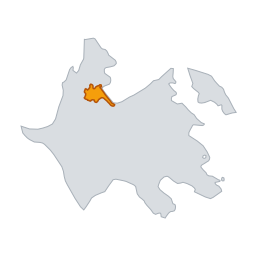 Bilasuvar District, Biləsuvar, Azerbaijan (highlighted), rotated 184°
{"feature_id": "54616110B16304773097912", "entity_name": "Bilasuvar District", "entity_type": "district", "adm_level": 2, "iso_a3": "AZE", "parent_name": "Azerbaijan", "parent_adm1": "Biləsuvar", "projection": "mercator", "projection_center": [48.464, 39.544], "detail": "fine", "context": "in_parent", "style": "filled", "palette": "amber", "viewbox_px": 256, "rotation_deg": 184, "n_neighbors": 0, "source": "geoboundaries", "source_scale": "gbopen_adm2", "svg_char_len": 5042}
<svg xmlns="http://www.w3.org/2000/svg" viewBox="0 0 256 256"><g transform="rotate(184 128 128)"><path d="M177.7,213.4L176.6,213.3L168.8,215.2L167.1,214.6L160.5,206.1L159.1,205.1L156.2,204.7L154.5,203.3L153.1,201.0L152.3,199.3L145.4,194.7L144.4,193.0L144.2,191.5L145.3,190.1L146.4,189.0L149.8,187.8L153.8,186.8L155.0,186.1L155.7,184.9L155.6,182.9L155.0,180.9L149.3,177.4L148.7,175.8L148.5,173.9L148.8,172.0L149.7,170.4L154.3,168.3L156.8,166.2L155.3,163.7L150.3,158.2L144.4,152.1L140.4,152.0L135.9,153.8L128.6,159.0L124.5,161.2L119.3,164.9L113.5,169.0L108.9,173.4L105.9,176.9L100.7,178.5L98.1,181.5L89.4,190.5L86.9,190.4L86.8,185.9L86.9,182.4L86.3,180.4L83.5,177.6L83.5,176.4L84.2,175.6L86.4,176.1L89.2,175.9L90.5,174.8L87.5,171.1L84.9,168.6L82.6,167.0L82.1,166.0L82.1,165.3L82.6,164.4L86.4,162.4L86.8,160.5L86.6,158.4L80.5,155.4L75.9,156.5L71.8,153.0L69.2,150.3L65.9,147.5L63.0,145.9L60.2,142.3L55.3,138.5L52.2,137.5L52.2,136.9L52.8,136.2L54.1,135.6L62.8,135.8L63.8,135.1L64.4,133.5L65.6,131.1L67.0,127.6L66.8,124.7L58.1,119.9L51.8,115.5L47.4,109.7L44.4,104.4L44.5,102.6L45.3,100.9L52.1,96.0L52.6,94.8L52.4,93.9L50.0,91.4L47.0,88.8L46.0,86.9L44.1,85.9L40.5,85.8L34.1,82.6L32.7,82.3L32.4,81.7L32.7,81.1L37.3,79.8L37.2,78.7L35.8,77.3L33.3,76.3L30.9,73.7L30.1,71.4L38.3,64.7L40.8,63.3L46.1,64.6L57.3,69.0L56.6,71.5L57.7,72.9L60.3,74.8L65.2,76.7L69.4,77.7L71.5,76.8L74.7,76.1L78.9,78.3L82.7,81.1L84.6,82.3L85.7,82.6L88.6,81.7L92.1,78.1L93.5,73.7L93.9,71.6L91.8,68.7L87.6,65.6L82.9,62.8L79.9,60.4L77.9,55.6L76.0,55.0L75.5,54.4L75.1,52.8L75.2,50.5L75.9,48.7L77.8,47.9L79.7,47.6L81.5,46.0L83.7,42.6L84.6,40.8L88.7,41.8L89.3,44.8L90.0,45.4L91.7,45.1L94.5,43.8L96.8,44.8L99.7,48.3L103.7,52.1L105.9,54.6L106.7,56.3L108.8,58.0L111.8,60.0L114.2,63.0L116.3,70.2L118.5,71.8L126.2,74.6L128.9,75.1L136.5,76.1L139.2,75.4L143.1,69.2L146.7,62.9L150.0,61.5L155.9,58.5L159.5,55.6L161.0,52.4L164.3,46.5L166.4,43.2L169.9,46.1L176.0,54.2L184.6,67.2L186.8,70.9L188.2,75.1L189.4,80.3L191.3,84.8L200.1,96.3L203.9,100.5L210.1,105.9L212.3,107.1L215.2,107.5L220.5,107.5L225.4,109.6L227.8,111.1L230.3,113.3L232.6,115.7L234.8,122.4L226.3,120.2L217.8,120.5L212.9,122.0L208.2,123.9L203.7,126.7L200.9,132.0L198.5,144.3L195.1,155.8L195.2,161.1L196.7,166.2L196.5,168.6L194.9,169.6L193.0,171.8L190.3,182.2L189.0,184.3L187.3,185.6L186.8,184.4L186.9,181.6L183.2,179.2L181.2,181.9L179.9,187.7L177.1,193.7L177.0,194.9L177.7,213.4ZM51.1,105.5L51.5,103.8L50.4,103.1L49.3,103.1L48.3,103.9L48.3,106.0L49.7,106.3L51.1,105.5ZM23.1,153.7L21.8,152.0L21.2,151.1L25.0,150.3L31.2,148.0L32.9,149.1L34.8,151.4L35.7,153.4L35.9,157.1L36.6,157.7L39.7,156.4L41.0,157.9L43.4,159.7L47.5,161.4L53.3,158.7L56.3,158.0L58.7,158.1L60.0,158.9L60.4,161.8L60.0,165.3L59.3,167.2L60.5,168.6L65.3,171.9L67.3,173.8L66.4,177.0L69.9,184.9L71.1,188.0L72.6,191.8L65.2,190.3L52.0,187.1L48.3,185.5L44.9,181.1L42.8,179.0L39.8,176.2L37.3,175.2L35.4,173.3L34.3,170.5L32.8,167.9L30.0,164.9L23.9,154.8L23.1,153.7ZM30.9,84.8L30.1,85.4L28.8,84.8L28.5,83.5L28.6,82.1L29.8,81.8L30.8,82.2L31.1,83.4L30.9,84.8Z" fill="#d9dde1" stroke="#a8b0b8" stroke-width="1"/><path d="M173.6,154.9L173.4,154.7L173.2,154.6L173.0,154.3L172.7,154.0L172.0,153.8L171.7,153.7L171.1,153.6L170.6,153.5L170.3,153.3L170.2,152.9L169.6,152.9L169.1,152.7L168.9,152.6L168.5,152.5L167.9,152.3L167.5,152.2L167.3,152.3L167.0,152.8L166.8,152.8L166.7,152.8L166.6,153.1L166.0,153.5L165.4,153.7L164.8,153.6L164.3,153.6L163.9,153.6L163.6,153.4L163.5,153.2L163.4,152.8L163.4,152.5L163.3,152.2L163.0,151.9L162.6,151.6L162.3,151.5L161.9,151.4L161.5,151.3L161.0,151.5L160.8,151.7L160.6,152.0L160.4,152.3L160.1,152.6L159.9,152.8L159.8,153.2L159.7,153.3L159.5,153.9L159.3,154.2L159.0,154.6L158.5,154.8L158.1,155.2L157.6,155.7L157.2,155.9L156.8,156.1L156.5,156.4L156.0,156.4L155.3,156.4L154.8,156.2L154.4,156.1L154.0,155.8L153.7,155.6L153.2,155.1L152.8,154.9L152.5,154.6L152.0,154.3L151.5,153.9L151.1,153.6L150.6,153.2L150.3,152.8L149.6,152.2L149.0,151.6L148.4,151.3L148.0,150.7L147.4,150.1L147.1,149.8L146.6,149.4L146.0,149.1L145.5,148.9L144.9,148.8L144.3,148.8L143.6,149.0L143.3,149.4L142.9,150.2L143.2,150.5L143.6,150.7L143.9,150.9L144.0,150.9L145.8,151.7L147.4,153.6L150.3,156.7L152.9,159.5L154.4,161.5L157.0,164.5L157.4,165.1L157.8,165.5L158.2,165.9L158.8,166.4L158.7,167.1L157.8,167.1L157.3,167.3L157.6,167.7L157.6,168.6L157.9,169.1L159.0,169.2L159.7,168.6L160.1,168.2L160.8,168.0L161.6,167.7L162.2,167.3L163.1,166.6L163.4,166.1L163.7,165.4L164.1,165.0L164.4,164.9L165.1,164.9L165.6,165.3L165.8,166.2L165.8,167.0L166.0,167.7L166.1,168.1L166.6,168.5L167.2,168.9L168.2,169.1L168.6,168.6L169.1,168.0L168.9,167.2L168.9,166.4L168.9,165.8L169.2,165.3L169.6,165.0L169.7,164.5L170.1,164.1L170.6,163.5L171.0,163.1L171.3,163.3L171.6,163.6L172.0,163.8L172.5,163.9L172.8,164.2L173.2,163.9L173.5,163.7L173.5,163.3L173.6,162.7L173.8,162.2L174.0,161.8L174.0,161.1L173.8,160.5L173.4,160.2L173.0,159.7L172.6,159.3L172.6,158.6L172.6,158.0L172.6,157.7L172.7,157.3L173.0,156.8L173.1,156.1L173.3,155.5L173.4,155.0L173.6,154.9Z" fill="#f59e0b" stroke="#b45309" stroke-width="1.5"/></g></svg>